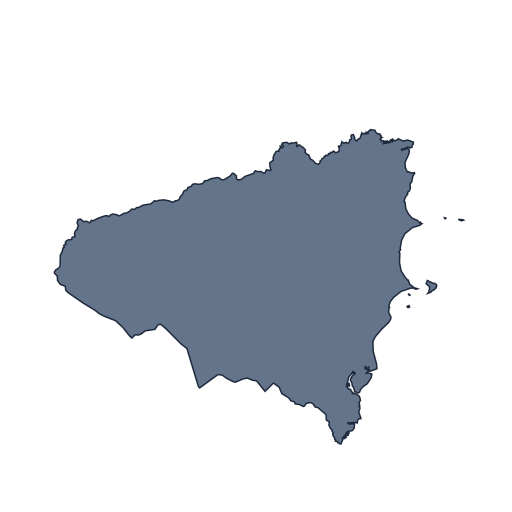 outline of Macomia, Cabo Delgado, Mozambique, rotated 17°
{"feature_id": "85939544B2345621089228", "entity_name": "Macomia", "entity_type": "district", "adm_level": 2, "iso_a3": "MOZ", "parent_name": "Mozambique", "parent_adm1": "Cabo Delgado", "projection": "albers", "projection_center": [40.255, -12.036], "detail": "fine", "context": "isolated", "style": "filled", "palette": "slate", "viewbox_px": 512, "rotation_deg": 17, "n_neighbors": 0, "source": "geoboundaries", "source_scale": "gbopen_adm2", "svg_char_len": 6139}
<svg xmlns="http://www.w3.org/2000/svg" viewBox="0 0 512 512"><g transform="rotate(17 256 256)"><path d="M386.1,409.9L388.3,409.7L388.8,410.7L389.5,410.3L391.0,411.2L392.2,410.9L392.9,403.9L391.9,406.1L392.0,404.9L393.6,401.3L394.2,398.2L395.1,396.9L399.1,394.9L400.2,391.9L399.3,387.8L397.4,388.0L394.8,389.5L393.3,389.3L391.9,388.3L393.2,388.6L399.4,386.2L401.6,386.1L401.3,382.9L402.2,381.5L403.9,380.8L399.8,374.9L400.0,371.6L399.5,370.3L398.5,369.7L399.1,369.2L397.5,366.0L398.1,363.5L396.1,360.2L394.6,359.3L389.8,358.4L388.9,358.9L388.7,360.2L388.1,358.2L386.3,357.2L385.6,355.9L383.1,356.0L380.5,354.2L380.1,344.5L382.0,340.1L384.4,339.5L384.2,339.0L382.4,339.3L382.1,338.4L382.5,338.1L383.0,339.0L384.4,338.3L385.2,339.5L383.3,342.1L382.5,344.8L382.5,347.2L384.6,349.0L386.1,352.1L387.7,353.1L390.0,356.6L393.5,357.3L394.9,356.0L394.9,353.5L396.4,350.0L399.8,345.5L401.7,338.8L401.4,335.3L400.8,334.8L396.5,335.3L395.3,336.6L396.0,334.8L397.3,333.5L395.7,331.6L393.5,332.1L392.7,329.9L393.2,329.7L393.7,331.1L395.3,330.8L396.1,329.3L396.9,328.8L395.9,330.4L398.8,332.9L404.6,328.5L403.0,324.3L396.0,312.9L392.8,303.8L393.6,298.5L397.5,289.4L402.3,280.8L403.2,277.4L403.0,275.1L399.4,271.2L398.4,267.1L398.8,266.2L397.6,264.9L397.8,260.3L399.7,255.3L405.2,247.3L413.5,241.4L416.1,240.7L418.6,241.1L420.1,240.1L416.4,240.1L411.1,237.9L408.7,234.6L408.3,234.9L404.7,232.6L399.1,227.8L395.2,220.4L392.7,211.2L391.8,211.0L391.8,208.8L392.5,208.0L391.6,206.2L390.6,198.2L391.9,191.1L397.2,183.2L403.6,178.8L405.1,176.8L403.9,177.0L403.5,176.5L404.2,176.2L403.2,175.6L402.6,176.3L400.1,174.8L394.1,174.1L389.7,171.4L385.5,167.2L382.8,161.0L381.6,160.8L381.6,156.3L383.0,152.3L382.4,151.9L382.4,150.5L383.5,149.5L383.9,146.4L382.3,142.0L383.2,139.6L382.7,133.9L383.5,130.3L383.0,129.9L380.6,131.3L376.9,130.8L376.2,131.4L373.2,128.1L371.1,123.1L372.3,114.1L372.0,110.9L370.9,109.2L369.0,109.0L366.6,111.0L365.0,111.4L364.4,112.3L364.0,111.8L364.3,110.9L366.0,110.5L368.6,107.8L370.0,107.3L371.7,107.7L373.4,106.3L373.0,104.8L373.7,103.0L373.3,101.1L367.1,100.8L363.2,103.0L357.6,102.3L357.0,104.0L354.2,105.3L352.2,104.2L351.8,105.0L353.2,105.6L353.0,106.9L352.1,107.0L351.9,105.8L351.0,105.5L350.4,106.4L350.7,108.3L348.1,107.6L348.0,108.2L349.7,108.9L347.7,109.9L347.2,108.1L346.1,108.2L345.7,108.8L346.9,110.3L344.8,111.3L345.2,109.5L344.2,108.5L342.2,109.7L341.6,108.2L340.6,108.1L340.8,106.8L341.9,105.9L340.7,105.6L340.7,104.6L339.6,104.5L339.1,103.1L336.1,103.5L333.8,102.3L333.1,101.0L328.3,101.7L328.3,103.2L327.2,103.5L326.8,104.3L327.3,106.1L326.6,106.3L325.2,105.4L325.5,107.2L323.7,106.9L322.8,108.3L321.2,107.2L321.1,112.7L319.0,115.0L318.9,116.5L317.8,116.5L315.9,115.1L315.6,113.6L313.5,111.4L311.9,112.4L311.8,113.7L312.7,115.0L312.8,116.7L311.6,117.7L312.0,120.0L310.2,121.9L309.1,120.9L306.7,122.4L304.7,121.6L304.8,125.8L302.7,127.0L304.3,129.1L304.7,131.9L302.1,133.9L299.3,133.0L298.7,134.7L296.9,135.1L297.1,136.4L295.4,136.9L295.4,138.8L293.2,139.3L293.1,140.5L292.2,140.7L292.1,142.4L290.6,143.7L290.4,145.6L289.5,146.4L289.9,148.4L288.6,150.1L285.7,150.0L282.6,148.0L279.7,147.3L276.9,143.9L275.0,143.8L272.6,142.5L272.3,140.1L269.9,138.7L265.1,137.1L264.2,137.4L263.7,139.1L262.8,139.2L262.1,136.1L261.3,135.4L258.4,137.3L256.8,137.4L255.0,139.1L252.1,138.3L248.3,140.1L247.9,142.1L249.9,142.6L250.3,143.8L249.3,144.9L248.1,143.8L247.0,144.0L247.8,145.4L246.8,147.7L247.3,149.1L244.8,149.9L243.6,154.4L243.6,157.2L244.6,159.2L241.9,163.0L243.5,167.0L245.0,168.9L245.0,169.9L240.8,170.5L240.3,174.0L238.6,174.4L235.8,173.8L232.8,174.8L230.3,174.8L229.3,177.9L222.3,183.0L219.6,187.0L216.2,188.6L214.5,187.4L213.9,185.1L210.3,183.5L209.2,183.8L207.9,187.0L203.0,192.5L200.7,193.1L198.0,192.1L196.0,192.3L190.2,195.3L187.1,198.3L185.0,199.0L183.8,202.4L180.0,204.3L176.4,204.8L174.4,206.0L173.6,208.3L170.9,210.4L170.6,213.0L168.6,214.3L167.9,215.6L167.8,218.1L166.3,221.4L165.9,224.4L164.9,225.8L162.6,226.8L161.6,228.4L159.8,229.0L156.6,228.7L151.7,229.2L146.3,231.4L145.1,232.6L142.7,232.9L140.2,236.9L132.9,240.5L130.1,243.5L127.5,244.8L126.6,246.7L123.3,247.6L122.3,249.8L119.6,252.8L117.4,253.6L114.6,256.7L112.6,257.8L111.0,257.2L106.9,257.7L105.2,258.9L103.9,261.1L101.7,261.0L99.9,261.7L94.2,265.8L89.9,270.0L88.0,270.1L87.7,272.2L86.9,272.9L83.8,272.3L81.2,273.5L77.3,272.0L75.1,273.3L75.2,276.6L77.3,278.9L76.9,280.8L77.3,282.9L76.0,284.5L75.8,287.8L77.3,290.3L74.7,291.8L74.9,294.1L71.4,295.7L69.8,297.7L69.8,299.4L70.5,299.5L70.8,300.6L68.9,302.1L70.1,303.8L69.1,304.8L69.4,308.4L68.6,312.5L71.5,322.6L71.0,325.0L68.5,328.0L67.9,330.3L68.2,331.3L72.0,333.5L73.3,337.4L77.3,340.4L82.3,340.6L84.2,344.4L86.6,345.8L104.0,351.4L118.0,355.0L122.6,356.9L128.4,358.0L140.6,358.9L149.7,363.3L158.6,369.5L161.4,370.7L163.3,366.8L166.8,365.9L169.0,364.1L172.0,359.9L180.8,355.7L182.3,350.6L184.7,349.1L191.0,351.8L210.6,362.3L217.0,364.7L239.2,397.8L240.7,398.6L254.3,380.5L258.6,379.8L263.9,381.6L271.3,382.9L273.2,382.7L279.7,377.2L283.5,375.3L289.1,375.8L293.1,375.2L304.2,382.8L309.6,372.7L310.7,372.7L316.4,374.6L321.0,380.1L328.8,382.1L331.6,384.3L335.3,384.2L336.7,386.0L340.7,385.3L345.2,386.1L346.3,385.2L347.0,382.4L350.2,380.5L352.1,380.2L354.7,381.3L356.3,383.0L359.9,383.0L369.4,387.3L371.2,392.3L374.6,393.2L375.1,396.3L377.9,399.4L379.7,399.9L380.0,401.4L381.5,402.5L381.3,403.6L382.5,405.6L384.3,406.8L385.0,408.5L386.1,408.8L386.1,409.9ZM433.2,230.3L427.0,229.3L426.8,232.8L430.5,234.4L431.5,236.2L431.7,240.2L431.2,241.5L434.0,239.3L434.6,237.5L435.8,236.8L437.6,233.7L437.4,231.1L435.4,229.9L433.2,230.3ZM394.1,401.8L396.5,400.5L396.7,397.9L396.2,397.4L395.0,398.2L394.1,401.8ZM444.1,161.0L443.3,160.8L438.7,161.8L442.1,162.3L444.1,161.0ZM416.6,260.9L417.8,259.8L416.8,258.7L415.4,259.8L415.4,260.5L416.6,260.9ZM383.2,353.0L383.1,352.1L381.8,349.9L382.0,352.5L383.2,353.0ZM395.1,403.1L394.4,403.2L395.1,402.2L394.1,403.2L393.9,405.1L395.1,403.1ZM414.2,248.8L414.7,248.3L414.2,247.9L412.5,247.7L414.2,248.8ZM382.5,355.1L380.9,352.9L380.5,352.9L380.9,354.1L382.5,355.1ZM426.1,165.1L426.5,164.3L425.0,164.3L425.5,165.0L426.1,165.1Z" fill="#64748b" stroke="#1e293b" stroke-width="1.5"/></g></svg>